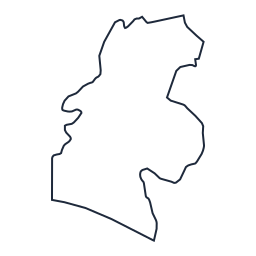 the border of Santa Rosa
{"feature_id": "GTM-1957", "entity_name": "Santa Rosa", "entity_type": "Department", "adm_level": 1, "iso_a3": "GTM", "parent_name": "Guatemala", "parent_adm1": "", "projection": "natural_earth1", "projection_center": [-90.341, 14.154], "detail": "fine", "context": "isolated", "style": "outline", "palette": "slate", "viewbox_px": 256, "rotation_deg": 0, "n_neighbors": 0, "source": "natural_earth", "source_scale": "10m", "svg_char_len": 1972}
<svg xmlns="http://www.w3.org/2000/svg" viewBox="0 0 256 256"><path d="M153.9,240.6L152.6,240.0L111.6,219.1L85.5,208.0L64.4,202.2L52.0,199.9L52.0,196.5L52.1,158.2L52.6,156.7L53.7,155.4L56.7,154.5L59.6,154.0L60.4,153.5L61.1,153.1L61.9,150.1L63.8,145.7L65.2,144.2L68.6,141.9L69.6,140.9L70.4,139.7L70.8,139.0L70.7,138.0L70.1,136.7L66.3,132.7L65.9,132.0L64.9,130.0L64.9,125.7L66.6,124.8L71.5,123.9L72.2,123.6L73.9,122.4L78.2,117.8L81.4,113.0L81.3,112.1L80.6,111.1L78.3,109.8L77.1,109.5L76.1,109.6L72.0,111.4L71.2,111.5L69.6,111.6L67.9,111.5L64.3,110.7L63.2,110.3L62.6,110.0L62.2,109.0L62.2,107.5L63.0,104.2L64.6,100.7L68.5,96.4L76.0,93.4L78.0,91.8L83.0,86.5L88.1,83.7L90.2,82.9L91.7,82.5L92.4,82.2L92.9,81.8L95.1,78.8L95.9,78.0L96.7,77.4L97.4,77.1L98.0,76.8L98.6,76.3L99.1,75.8L100.4,74.1L100.7,70.3L99.3,55.8L104.2,41.8L115.0,22.3L119.5,20.0L120.5,19.9L122.5,20.5L123.2,21.3L123.7,22.2L124.1,25.9L124.4,26.7L124.7,27.4L125.1,28.0L126.3,27.6L128.0,26.4L133.1,21.2L134.5,19.4L136.7,18.5L139.0,18.5L142.1,16.8L145.4,20.8L146.0,21.6L147.0,22.5L147.6,22.9L151.2,22.3L154.6,21.6L183.5,15.4L184.9,22.6L187.2,26.9L196.6,35.7L203.6,41.8L198.8,58.7L195.2,59.2L196.0,65.1L195.7,66.0L195.1,66.3L193.7,65.8L192.5,65.1L189.6,64.9L180.4,67.0L179.8,67.5L176.3,70.9L167.0,97.5L170.7,100.6L183.0,104.5L184.5,105.2L185.5,106.2L187.3,108.3L195.5,116.0L201.9,123.1L203.2,126.2L202.8,133.0L204.0,145.2L204.0,146.1L203.7,147.9L203.0,150.6L201.6,154.0L197.0,161.5L195.5,163.3L194.9,163.6L191.3,164.4L188.3,165.4L186.8,166.4L185.9,167.1L184.3,170.6L180.1,179.4L176.0,182.6L175.2,182.8L174.1,182.9L171.4,181.7L161.1,178.8L159.7,178.2L154.6,173.3L147.2,168.5L142.4,170.0L140.8,171.4L140.4,172.5L140.1,174.2L140.2,175.8L140.4,177.0L141.3,179.2L142.1,180.4L143.5,182.0L143.9,183.3L145.8,196.0L146.1,196.7L146.5,197.3L147.1,197.7L148.4,198.5L149.2,199.9L150.1,202.4L152.6,213.2L156.0,220.2L156.5,221.8L156.7,223.2L156.6,228.8L154.9,236.4L153.9,240.6Z" fill="none" stroke="#1e293b" stroke-width="2"/></svg>